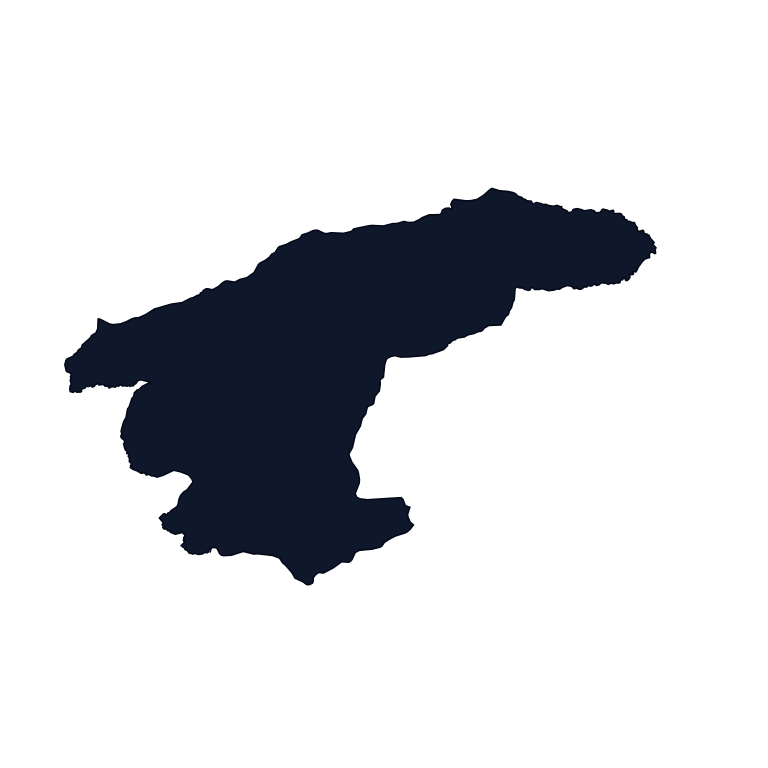 the district of Jambaló, Cauca, Colombia, rotated 72°
{"feature_id": "7082276B84035448775523", "entity_name": "Jambaló", "entity_type": "district", "adm_level": 2, "iso_a3": "COL", "parent_name": "Colombia", "parent_adm1": "Cauca", "projection": "natural_earth1", "projection_center": [-76.314, 2.87], "detail": "fine", "context": "isolated", "style": "filled", "palette": "ink", "viewbox_px": 768, "rotation_deg": 72, "n_neighbors": 0, "source": "geoboundaries", "source_scale": "gbopen_adm2", "svg_char_len": 6143}
<svg xmlns="http://www.w3.org/2000/svg" viewBox="0 0 768 768"><g transform="rotate(72 384 384)"><path d="M233.8,635.8L243.0,639.2L246.4,642.2L247.5,647.2L249.3,649.0L253.7,659.0L256.1,660.5L257.1,664.0L259.2,666.3L260.0,669.4L261.6,671.4L262.2,677.8L263.3,679.2L267.0,681.6L273.1,682.2L274.2,681.9L276.7,679.0L278.3,678.4L280.2,680.0L282.1,680.0L283.5,681.3L287.6,681.5L289.0,683.3L290.3,683.5L291.1,684.3L294.2,684.8L295.9,682.4L295.4,680.1L296.9,678.6L297.9,675.1L297.7,674.0L295.4,673.3L295.5,669.9L294.2,668.0L295.2,665.6L294.9,663.3L296.8,662.4L296.7,660.2L295.7,659.3L295.0,656.3L296.9,655.4L297.5,651.9L298.2,650.7L300.0,649.9L300.6,647.1L302.2,647.1L303.0,646.3L302.4,643.8L304.0,640.3L302.9,638.7L304.2,637.2L303.1,635.1L305.3,633.1L305.4,631.1L306.7,629.2L306.6,627.1L307.0,626.2L307.8,626.3L307.7,624.3L308.3,623.2L308.0,622.4L307.0,622.3L307.1,620.1L304.8,617.1L304.9,614.0L310.1,605.6L311.5,614.9L313.7,618.9L313.3,620.4L315.2,624.2L318.5,625.9L319.7,628.1L327.0,633.5L328.5,635.6L336.1,639.7L339.2,643.1L344.8,646.9L347.8,648.7L350.1,648.7L352.4,650.5L354.1,650.4L357.3,648.4L359.6,648.8L360.3,650.1L364.5,650.5L367.1,650.2L368.7,649.2L370.7,650.1L371.6,647.7L373.6,649.6L375.8,649.0L379.0,650.2L382.0,648.7L383.2,650.2L384.5,649.8L384.4,650.6L385.1,651.1L387.7,649.0L390.6,645.4L393.4,643.1L394.2,641.7L394.3,639.3L397.1,638.2L397.3,635.6L400.0,633.0L399.8,631.6L401.3,630.5L401.5,629.5L402.5,628.6L402.6,622.1L401.1,610.9L401.8,609.4L404.7,604.6L410.0,598.1L414.9,596.1L417.7,595.9L418.5,596.4L423.8,604.0L424.7,607.6L427.0,611.8L430.1,614.5L434.7,617.0L436.7,618.9L438.5,625.4L440.2,628.1L439.9,629.3L441.2,631.0L440.8,632.3L439.7,632.4L439.4,633.8L442.0,639.1L447.3,637.0L448.1,637.0L449.0,638.4L452.1,637.7L452.0,638.6L452.9,638.5L454.0,637.9L454.7,635.7L456.6,635.1L457.2,633.7L459.4,632.6L462.4,629.0L462.9,621.3L464.0,621.3L466.0,620.0L467.7,620.8L467.9,621.7L470.5,623.0L471.7,623.0L472.2,622.4L473.6,623.9L474.9,626.8L477.3,625.5L478.2,624.1L479.4,624.6L480.8,623.6L480.7,622.9L484.9,621.5L485.1,620.2L486.6,618.7L486.7,616.3L488.8,613.1L489.5,609.1L488.8,606.1L489.9,604.5L489.5,602.3L488.3,602.6L487.3,602.1L487.0,600.6L489.0,600.6L486.6,599.0L487.0,595.6L488.9,593.6L494.6,592.7L496.6,591.5L497.7,589.6L499.7,582.1L499.8,569.6L505.6,560.2L506.5,556.5L512.6,543.1L517.2,537.2L522.7,535.7L526.5,533.4L534.9,529.9L541.2,528.6L547.3,522.0L550.3,520.0L551.3,518.8L551.8,516.6L551.3,513.5L549.6,512.2L546.3,511.1L544.2,507.9L543.3,505.2L543.3,503.7L545.0,500.4L545.0,499.4L543.1,488.8L540.0,479.2L542.6,472.7L542.5,471.3L541.2,468.8L535.4,463.4L534.6,458.8L537.4,446.4L538.0,437.8L537.5,436.1L534.8,432.6L533.3,427.2L532.1,420.0L532.2,409.9L531.7,407.4L530.1,403.7L527.1,399.5L523.4,401.8L517.3,402.3L515.1,401.7L509.2,397.5L506.4,401.2L499.2,401.7L497.3,402.9L488.9,435.6L485.9,442.1L483.8,444.5L482.4,445.1L479.2,445.2L470.8,438.3L467.5,436.9L461.4,435.9L458.2,435.7L448.6,438.7L441.3,439.3L439.4,438.7L434.8,433.7L423.3,426.8L416.7,419.5L410.1,415.4L406.8,410.7L401.6,407.5L400.3,406.1L400.1,401.6L399.3,399.8L392.9,396.4L389.2,390.6L383.0,387.6L378.8,386.5L377.3,382.4L366.1,377.5L362.4,375.0L360.5,373.0L360.0,368.3L360.4,364.9L363.6,359.8L365.8,352.5L369.8,335.6L369.5,331.2L370.1,329.2L369.7,316.9L367.1,311.7L365.0,310.6L365.5,308.6L363.8,305.3L363.9,302.6L363.0,300.1L364.1,292.8L363.2,288.9L363.8,283.0L363.3,278.0L363.8,275.9L363.6,274.0L361.7,271.1L360.8,266.1L364.0,254.6L357.6,247.7L356.3,244.2L353.2,242.2L350.7,239.1L346.0,236.1L344.2,234.1L333.7,229.8L332.6,227.4L334.1,226.2L335.9,221.9L337.4,221.2L339.7,217.4L339.7,216.1L338.2,214.4L338.0,213.1L340.8,211.4L342.1,207.0L342.2,204.1L346.1,198.8L347.3,192.9L347.0,190.8L348.1,187.7L347.2,184.6L347.0,179.2L349.1,175.3L352.0,174.1L352.6,170.7L354.1,169.3L354.6,168.0L354.6,166.4L353.6,163.6L354.4,161.2L353.4,159.2L354.7,157.4L355.0,155.8L353.9,153.3L355.9,151.4L356.2,149.0L354.9,146.2L356.6,142.0L358.5,140.0L358.3,136.6L359.7,134.8L359.7,131.3L360.6,129.6L360.2,127.9L358.3,127.4L358.6,124.9L357.1,123.3L358.2,122.3L360.2,122.1L360.8,120.9L359.9,118.6L358.1,116.9L355.7,116.9L356.7,114.2L356.7,113.1L356.1,112.6L354.4,113.1L354.4,111.3L355.2,110.3L355.1,109.5L351.3,105.8L347.3,100.4L345.7,97.0L345.8,92.3L342.6,91.5L341.2,89.8L341.4,88.3L343.5,86.4L343.7,85.4L341.4,84.7L340.2,85.1L338.6,83.2L334.1,85.2L332.9,83.3L327.8,85.6L324.1,86.1L323.8,87.7L322.8,87.5L321.0,90.3L318.7,89.7L317.7,90.3L317.8,93.7L316.9,95.2L314.5,95.5L313.7,94.7L310.5,95.8L307.9,95.9L307.0,98.3L305.3,99.9L304.5,102.6L303.2,102.1L301.3,104.4L299.3,103.9L297.4,105.6L295.8,105.6L294.8,106.7L293.1,112.2L291.1,112.9L290.6,112.0L289.5,112.4L289.3,116.5L287.7,117.7L285.3,121.7L285.6,122.9L287.6,125.1L286.9,128.8L286.2,129.8L284.3,130.5L282.2,133.4L281.1,140.2L279.4,141.9L276.9,146.0L276.4,149.6L276.8,150.7L278.1,151.4L278.3,155.1L277.9,155.9L276.3,156.1L272.1,160.6L270.1,160.3L270.0,161.4L267.6,164.1L267.2,168.1L265.0,172.4L263.2,174.4L262.3,177.5L261.0,178.7L258.4,183.1L258.9,185.3L258.5,187.0L255.6,187.4L253.9,191.5L252.1,192.5L251.0,194.5L249.1,195.2L246.7,198.6L243.8,200.0L241.8,202.1L239.0,206.9L235.9,214.4L231.3,220.8L231.7,222.8L235.3,231.0L237.2,238.6L236.4,244.8L235.3,249.0L229.9,260.4L231.6,263.1L233.7,264.9L237.1,264.8L238.8,266.1L236.9,267.4L235.9,271.2L236.6,274.7L239.5,276.9L240.2,278.2L237.0,288.9L237.6,296.6L238.5,299.3L239.4,305.8L237.9,310.9L235.5,314.9L235.4,321.7L234.1,326.3L233.5,335.8L229.4,346.6L228.8,349.6L227.1,364.8L228.8,367.8L228.2,375.8L223.8,387.5L223.1,392.7L222.0,394.6L217.5,399.3L216.5,401.5L216.2,404.7L216.9,409.6L216.8,415.8L219.2,418.8L219.7,420.5L220.1,428.0L221.1,433.7L221.0,441.1L221.6,442.5L225.2,446.9L225.9,450.9L228.0,453.7L229.7,458.8L230.6,464.4L231.5,466.4L237.9,473.2L240.5,481.5L240.0,488.7L241.0,494.4L237.7,500.8L237.1,503.0L237.8,506.3L240.0,511.1L241.2,516.9L241.1,518.5L238.9,522.2L238.5,524.2L239.2,527.0L240.7,528.4L240.6,530.4L242.2,531.5L242.0,534.3L242.9,538.9L242.7,541.8L244.2,551.0L242.3,561.5L241.7,579.1L244.3,589.1L244.9,594.6L245.1,597.2L244.2,600.0L244.1,603.8L245.1,609.8L245.4,616.0L243.8,623.3L242.3,626.3L234.5,634.1L233.8,635.8Z" fill="#0f172a" stroke="#020617" stroke-width="1.5"/></g></svg>